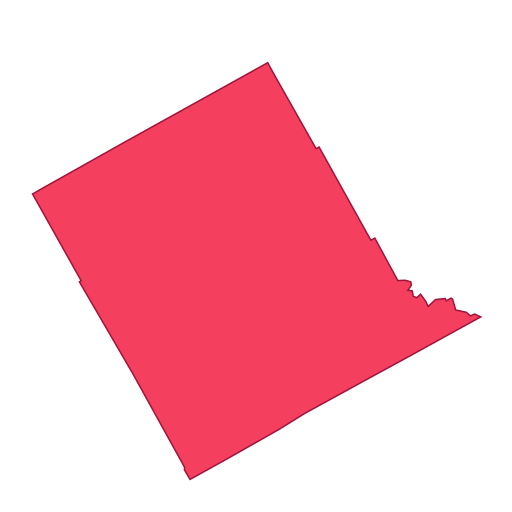 outline of Johnson, Wyoming, United States of America, rotated 151°
{"feature_id": "52423323B17781084985346", "entity_name": "Johnson", "entity_type": "district", "adm_level": 2, "iso_a3": "USA", "parent_name": "United States of America", "parent_adm1": "Wyoming", "projection": "robinson", "projection_center": [-106.875, 44.028], "detail": "fine", "context": "isolated", "style": "filled", "palette": "rose", "viewbox_px": 512, "rotation_deg": 151, "n_neighbors": 0, "source": "geoboundaries", "source_scale": "gbopen_adm2", "svg_char_len": 674}
<svg xmlns="http://www.w3.org/2000/svg" viewBox="0 0 512 512"><g transform="rotate(151 256 256)"><path d="M406.4,418.8L421.4,418.6L420.9,319.0L423.0,319.0L420.8,212.8L420.9,105.7L422.3,103.8L422.0,92.6L380.4,92.6L319.3,93.2L289.7,94.7L224.9,94.4L171.4,94.0L89.0,93.8L92.9,99.2L97.5,99.7L99.4,104.9L107.5,111.9L105.0,123.1L105.9,124.6L111.3,124.6L111.2,127.1L120.1,130.9L129.9,128.4L129.5,133.6L130.6,142.8L135.6,141.6L138.0,144.6L136.2,149.7L139.8,152.3L134.2,155.2L133.2,158.4L137.2,162.4L143.9,165.8L143.4,214.1L147.9,214.1L148.0,320.7L151.4,320.7L152.1,400.2L152.1,417.0L152.0,419.4L315.6,419.3L406.4,418.8Z" fill="#f43f5e" stroke="#9f1239" stroke-width="1.5"/></g></svg>